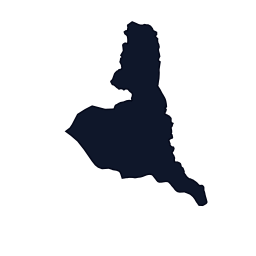 outline of Pak Xeng, Louangphrabang, Laos, rotated 250°
{"feature_id": "54806243B94581920301315", "entity_name": "Pak Xeng", "entity_type": "district", "adm_level": 2, "iso_a3": "LAO", "parent_name": "Laos", "parent_adm1": "Louangphrabang", "projection": "albers", "projection_center": [102.685, 20.214], "detail": "fine", "context": "isolated", "style": "filled", "palette": "ink", "viewbox_px": 256, "rotation_deg": 250, "n_neighbors": 0, "source": "geoboundaries", "source_scale": "gbopen_adm2", "svg_char_len": 5024}
<svg xmlns="http://www.w3.org/2000/svg" viewBox="0 0 256 256"><g transform="rotate(250 128 128)"><path d="M82.9,105.5L82.4,107.9L82.3,108.7L82.1,109.5L81.8,110.3L81.6,111.7L81.1,113.2L80.8,113.8L80.3,115.2L79.9,116.0L79.4,116.9L79.1,117.4L78.8,118.4L78.6,119.9L78.3,121.3L77.9,122.8L77.8,123.8L77.7,125.3L77.8,128.5L77.8,129.3L77.7,130.4L77.6,130.9L77.6,131.2L77.3,132.3L76.9,133.2L76.5,134.0L75.9,134.7L75.2,135.2L73.8,135.7L72.8,136.0L71.6,136.4L70.5,136.8L69.3,137.1L67.6,137.8L67.0,138.4L66.6,138.9L65.8,141.2L65.6,142.4L65.3,143.8L65.0,145.2L64.5,146.4L64.0,147.3L63.3,147.9L62.0,148.5L60.7,149.1L58.9,149.6L56.2,150.7L55.0,151.0L53.6,151.5L52.7,152.0L51.6,152.7L51.1,153.3L50.3,154.6L49.5,157.0L48.9,159.2L47.1,161.3L45.8,162.7L45.0,163.6L44.1,164.3L42.5,165.2L41.2,165.9L38.6,166.7L36.9,167.0L35.2,167.3L33.3,167.9L32.1,168.1L31.2,168.4L30.1,171.1L29.8,171.8L30.2,174.3L30.5,175.6L31.1,176.5L31.8,176.8L33.2,176.9L35.3,177.1L37.1,177.2L39.0,177.4L40.8,177.7L42.5,177.8L43.9,177.8L44.1,178.0L44.9,178.3L45.5,178.5L46.0,178.7L46.5,178.8L46.9,178.8L47.1,178.7L48.0,178.4L48.7,177.8L49.0,176.5L49.5,175.3L50.8,174.6L52.4,174.0L53.8,173.2L54.8,172.5L56.1,171.6L57.0,171.0L57.5,170.1L58.4,169.5L59.0,168.7L59.1,168.0L62.6,166.1L63.2,166.1L64.4,165.8L65.6,165.4L66.8,165.2L68.0,165.8L69.2,165.8L70.7,165.8L71.4,165.8L73.2,164.6L75.3,164.9L76.5,164.9L77.4,164.4L78.5,163.3L79.1,162.6L79.5,161.1L80.2,160.2L81.8,160.4L82.5,160.6L83.9,161.4L85.0,161.4L86.5,161.4L87.7,161.0L89.7,160.8L90.4,161.5L91.1,162.6L91.8,163.2L93.0,164.1L94.4,164.1L94.9,163.1L95.8,162.2L96.8,161.8L97.8,161.5L98.8,162.0L100.2,162.0L101.2,162.0L102.4,162.0L103.2,162.9L103.5,164.2L103.6,165.6L103.5,166.1L103.9,166.5L105.2,166.7L106.6,166.9L107.4,166.1L109.1,167.4L110.6,167.9L112.1,168.2L113.8,168.4L114.6,169.8L115.8,170.7L116.8,171.0L116.8,171.7L117.1,171.7L117.4,171.3L117.6,171.0L117.8,170.8L117.9,170.6L118.1,170.5L118.2,170.4L118.3,170.4L118.5,170.4L118.8,170.5L119.1,170.6L119.3,170.6L119.6,170.6L119.9,170.7L120.4,170.9L120.6,170.9L120.9,171.0L121.4,171.3L121.8,171.5L122.1,171.5L122.5,171.6L122.8,171.5L122.9,171.4L123.0,171.4L123.3,171.3L123.5,171.3L123.8,171.1L124.1,171.0L124.4,170.8L124.5,170.7L124.8,170.6L125.0,170.6L125.2,170.4L125.3,170.4L125.4,170.2L125.6,170.0L125.7,169.8L125.9,169.8L126.0,169.7L126.3,169.5L126.5,169.4L126.7,169.2L126.8,168.9L127.1,168.7L127.2,168.4L127.3,168.3L127.4,168.2L127.5,168.1L127.8,168.1L127.9,167.9L128.1,167.8L128.2,167.7L128.4,167.6L128.5,167.6L128.8,167.5L129.0,167.5L129.2,167.4L129.3,167.5L129.6,167.7L129.8,167.8L129.9,168.0L130.1,168.1L130.3,168.1L130.6,168.2L130.8,168.2L130.7,168.4L130.8,168.4L130.9,168.5L130.9,168.8L130.9,169.1L131.1,169.2L131.2,169.3L131.3,169.2L131.4,169.3L131.5,169.4L131.6,169.5L131.8,169.7L131.9,169.8L132.0,169.9L132.1,170.0L132.3,170.0L132.5,170.1L132.8,169.8L133.0,169.9L133.3,169.8L133.4,169.7L133.5,169.6L133.7,169.4L133.8,169.4L134.1,169.6L134.3,169.8L134.4,170.0L134.5,170.1L134.7,170.3L134.8,170.5L134.7,171.2L135.0,171.4L137.9,172.1L139.6,172.4L141.3,172.6L143.1,172.6L144.6,172.4L146.2,172.1L147.5,171.9L148.7,171.6L151.8,171.2L152.7,171.1L153.6,170.9L155.9,170.4L156.4,170.3L157.2,170.2L157.7,170.0L157.9,170.1L157.7,170.1L158.4,170.8L159.6,171.4L161.2,172.2L162.6,173.0L163.8,173.7L165.1,174.3L167.9,175.5L169.7,176.2L170.9,176.5L172.4,177.0L177.2,179.6L179.2,180.7L180.2,179.8L181.7,179.8L182.6,180.4L183.6,181.2L184.4,182.2L187.4,182.7L189.8,182.9L191.5,183.3L193.5,184.9L196.0,185.3L197.9,185.1L200.3,185.6L201.6,186.3L203.8,185.3L205.2,185.0L206.1,186.8L208.1,187.5L209.3,186.4L210.8,184.9L213.1,184.8L215.9,183.9L217.9,182.1L218.6,180.3L219.5,178.9L219.5,176.8L220.2,175.0L221.4,173.2L223.4,171.2L226.2,168.2L225.8,166.8L225.1,164.5L224.9,163.2L224.1,162.6L222.8,162.6L219.6,160.8L220.0,159.0L219.5,157.4L217.6,157.4L216.5,158.1L215.1,158.9L213.6,158.8L211.7,158.4L209.7,157.7L207.7,156.8L207.5,155.9L208.4,155.0L208.7,154.0L208.4,152.4L207.7,151.5L204.9,150.9L201.9,150.1L198.7,146.2L197.7,146.7L196.6,146.8L196.1,146.5L195.9,145.1L195.1,144.6L194.2,144.2L192.9,143.2L192.1,143.2L190.8,143.5L189.4,143.5L188.7,143.6L188.0,143.2L187.0,143.1L186.0,142.5L185.5,141.9L185.6,140.5L185.8,139.5L185.1,138.4L185.1,137.1L184.7,136.5L184.4,135.5L183.4,134.0L181.1,132.1L179.4,130.7L178.6,129.8L178.1,128.9L177.7,127.9L176.8,127.8L175.7,128.0L174.3,128.2L173.2,129.7L171.8,130.5L169.9,131.5L168.7,132.4L167.7,132.9L167.7,134.3L166.9,136.2L165.3,137.2L165.8,139.3L165.3,140.0L164.6,141.3L161.9,142.3L159.7,143.7L157.9,143.8L156.2,142.9L154.7,141.6L152.7,141.3L152.3,140.6L152.7,139.9L153.4,138.5L153.9,136.0L153.8,132.8L154.3,129.7L154.1,127.4L153.7,125.9L153.6,124.3L152.9,123.3L151.8,122.5L150.5,121.2L153.2,112.8L159.9,103.1L160.8,101.8L159.8,94.1L157.9,85.4L154.9,82.1L150.2,77.0L147.7,73.6L146.1,68.5L140.7,72.1L133.0,76.4L122.9,79.7L109.1,83.3L104.6,84.8L101.5,86.7L98.8,89.8L97.0,96.2L94.6,99.3L94.2,99.6L92.4,102.9L90.8,104.7L89.6,105.4L88.9,105.6L87.7,105.7L86.6,105.7L84.3,105.6L82.9,105.5Z" fill="#0f172a" stroke="#020617" stroke-width="1.5"/></g></svg>